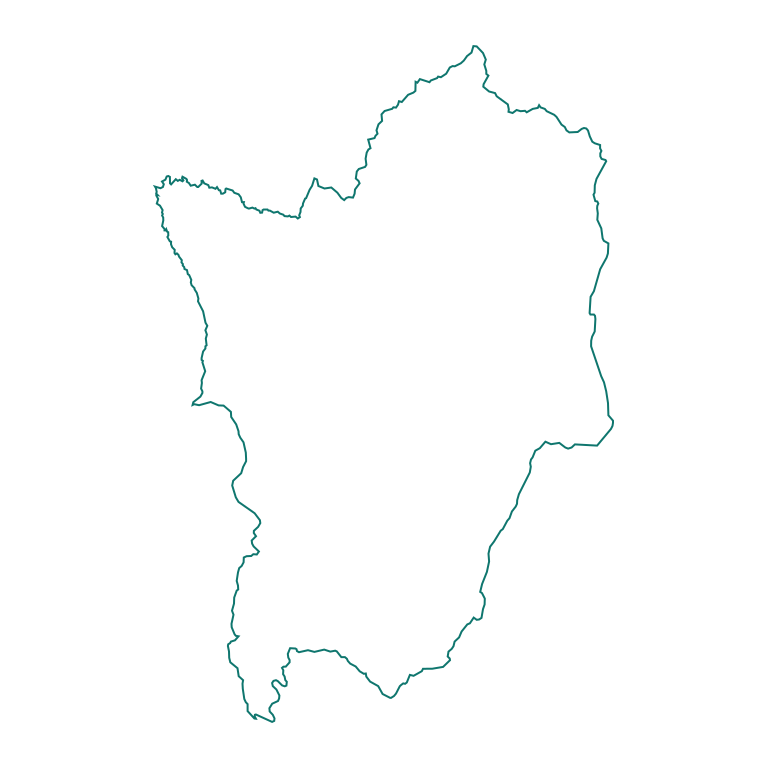 outline of Nqoe, Butha-Buthe, Lesotho
{"feature_id": "5366337B84603329335542", "entity_name": "Nqoe", "entity_type": "district", "adm_level": 2, "iso_a3": "LSO", "parent_name": "Lesotho", "parent_adm1": "Butha-Buthe", "projection": "equal_earth", "projection_center": [28.538, -28.865], "detail": "fine", "context": "isolated", "style": "outline", "palette": "teal", "viewbox_px": 768, "rotation_deg": 0, "n_neighbors": 0, "source": "geoboundaries", "source_scale": "gbopen_adm2", "svg_char_len": 6095}
<svg xmlns="http://www.w3.org/2000/svg" viewBox="0 0 768 768"><path d="M597.1,445.6L611.0,428.9L612.5,425.9L613.0,422.8L613.0,420.7L608.4,415.3L608.0,403.1L606.2,391.3L604.0,382.3L601.2,376.2L591.1,346.3L591.2,340.7L592.1,336.7L594.7,331.5L595.4,319.0L595.0,315.8L593.9,314.5L590.4,314.5L589.6,313.1L590.6,296.8L593.9,291.2L600.2,269.2L606.6,257.6L607.9,253.5L608.4,243.4L603.8,240.8L602.6,238.3L601.3,228.4L597.3,219.8L597.8,213.4L597.1,208.3L597.3,205.8L598.3,203.6L597.3,201.5L595.3,201.1L593.5,194.7L594.6,192.7L594.8,185.3L596.5,178.9L606.2,161.2L605.5,160.0L601.6,158.9L600.3,156.4L600.3,153.3L601.4,150.9L600.1,148.4L600.1,145.0L594.8,143.3L592.3,141.7L589.8,136.4L588.0,130.5L586.3,128.5L584.0,128.0L581.7,128.9L577.7,132.0L569.3,132.4L566.5,130.4L564.8,127.0L561.5,124.6L556.5,116.9L554.2,114.8L546.7,111.2L544.8,108.9L540.6,107.4L539.1,105.2L537.8,107.9L532.7,108.9L526.7,112.3L525.0,110.8L520.6,111.2L516.6,110.0L512.6,113.0L508.5,111.8L508.8,109.3L507.8,104.4L496.7,96.3L495.1,93.1L489.1,91.5L483.3,86.7L483.6,84.2L488.4,75.6L486.3,73.9L486.3,70.9L484.3,64.4L485.8,59.6L483.0,53.0L476.7,46.4L473.4,46.1L471.5,52.6L467.1,56.0L463.8,60.6L460.8,63.3L454.8,66.3L452.5,66.1L449.8,67.5L446.2,73.7L440.9,77.2L438.1,76.6L437.1,78.1L430.8,80.5L429.5,82.2L419.9,79.1L417.4,82.7L415.6,81.8L415.4,90.9L413.4,92.6L408.1,94.8L401.8,102.0L399.0,101.2L398.0,104.7L396.0,107.6L393.4,107.3L392.2,108.8L384.6,111.0L381.5,114.4L382.1,120.9L378.5,124.3L376.5,130.3L377.5,133.7L375.5,135.8L374.5,138.1L368.2,139.6L370.5,148.2L368.4,149.5L366.7,152.6L365.6,158.7L366.4,164.8L365.1,166.9L358.8,169.0L356.8,171.5L355.8,178.5L358.5,180.9L359.6,183.3L355.0,189.5L354.6,193.7L353.0,197.6L348.7,197.1L346.4,197.9L344.2,200.1L341.2,197.9L337.4,192.7L331.3,187.5L324.5,188.5L318.4,186.0L317.0,179.5L314.4,178.4L312.1,185.8L309.6,189.8L306.1,198.2L305.1,198.6L303.0,203.5L302.8,205.7L300.7,208.5L300.5,212.0L299.2,215.3L299.9,217.1L297.8,218.5L295.6,216.6L291.0,217.0L289.4,215.6L287.9,216.4L284.5,216.1L283.3,214.7L279.8,213.5L277.8,211.7L273.7,212.7L269.9,210.6L268.4,210.6L267.5,209.5L263.6,209.5L262.6,210.1L262.1,212.6L260.3,212.8L259.4,210.7L256.3,209.5L255.5,208.2L254.4,208.6L252.4,207.6L248.9,208.6L247.7,208.2L245.0,206.8L243.5,203.6L243.9,202.1L242.0,202.1L240.8,197.3L238.6,194.3L234.3,192.8L232.6,190.5L226.2,188.5L225.5,189.1L225.2,192.3L222.8,193.7L221.2,193.7L220.2,190.4L218.9,190.2L217.0,187.1L215.5,188.8L212.0,187.4L209.3,187.7L208.3,185.1L204.3,183.4L202.6,180.5L201.5,180.9L201.7,183.6L198.2,187.0L197.3,187.0L194.9,184.7L190.7,185.7L188.9,183.0L186.8,181.7L187.0,180.0L186.4,178.9L182.5,176.7L182.0,178.2L183.4,180.4L182.5,181.3L179.7,179.8L177.8,180.9L175.8,179.2L171.1,184.4L170.0,183.3L169.9,176.9L168.3,176.0L166.7,176.5L165.4,179.7L162.0,181.5L163.8,184.2L162.9,187.0L160.5,188.2L155.0,186.6L155.9,188.1L156.7,191.9L156.2,193.5L157.6,195.0L156.3,194.7L156.3,195.5L158.2,199.0L156.8,203.6L160.0,205.7L162.6,210.1L162.0,212.6L162.8,214.0L162.1,215.5L163.2,217.5L163.3,220.4L162.1,226.1L164.6,229.1L164.5,230.4L165.8,230.5L166.3,229.4L167.1,231.6L168.2,232.2L168.3,235.5L167.4,237.0L169.8,241.3L171.1,241.7L171.0,244.2L172.2,247.3L174.7,249.8L174.5,253.0L175.4,254.3L176.9,253.4L178.4,254.8L179.1,256.7L181.8,260.2L181.5,262.4L182.9,264.1L182.7,265.5L184.2,267.1L184.5,269.0L187.0,270.1L187.8,274.1L189.2,275.1L191.3,279.9L190.8,282.4L191.6,285.2L194.5,288.2L194.6,289.4L196.8,292.9L198.4,298.5L198.0,301.3L203.1,311.3L205.5,322.7L207.3,325.8L205.4,330.2L206.9,334.6L205.8,338.6L206.6,345.3L205.4,346.3L205.4,348.5L203.1,351.5L201.6,358.1L201.6,359.9L202.9,360.9L202.4,362.3L205.2,371.2L201.6,380.2L201.9,383.0L201.1,388.6L202.4,391.3L202.4,393.0L200.4,396.6L193.3,402.2L192.6,405.0L194.3,404.2L199.1,405.2L210.7,402.0L218.6,405.4L223.6,405.6L230.9,411.9L231.2,417.0L236.2,424.4L238.5,431.2L238.7,434.2L240.3,437.7L243.5,442.3L245.8,452.6L246.1,458.9L246.1,461.2L243.1,467.0L241.2,473.2L233.2,480.7L232.2,485.5L235.8,497.3L238.5,501.9L254.6,513.2L259.9,520.2L260.3,523.1L258.1,526.9L253.9,530.8L253.8,533.0L256.0,536.2L251.7,540.5L252.1,543.6L253.6,546.4L258.9,551.5L256.8,554.5L253.3,554.2L251.2,556.0L246.6,556.2L243.8,557.5L243.6,562.3L241.7,565.9L239.2,568.1L238.0,572.4L236.7,580.9L238.0,585.6L238.2,589.5L236.7,590.6L234.2,597.6L234.0,603.6L232.0,610.7L233.5,614.7L231.5,623.8L231.7,627.3L234.6,634.3L235.8,635.8L238.5,636.3L235.0,640.3L230.9,641.6L230.1,643.1L228.2,644.3L227.9,646.0L229.0,651.4L229.2,657.8L230.3,662.3L237.5,668.2L238.7,676.2L243.1,680.2L242.5,683.7L242.8,688.8L244.3,699.0L245.8,702.2L247.6,704.1L247.6,711.1L254.4,718.5L255.9,718.7L254.6,716.2L254.9,714.8L255.9,714.5L272.1,721.9L274.2,720.9L274.5,718.4L272.8,714.8L269.7,711.5L269.4,708.2L272.2,703.7L278.0,701.0L279.1,698.5L279.4,695.5L276.4,689.5L272.8,686.1L272.1,683.0L273.5,680.9L276.0,680.2L277.8,681.1L282.1,685.4L284.8,686.3L286.4,685.6L286.8,681.8L285.3,680.1L284.6,676.5L283.1,674.2L283.3,670.2L282.0,667.9L283.4,666.7L285.8,666.6L289.6,662.3L289.6,660.0L288.3,657.6L287.8,653.9L290.1,648.2L295.4,648.5L296.5,649.2L297.0,651.1L299.0,652.2L308.0,650.2L314.4,651.9L324.2,649.6L330.3,651.6L335.2,650.7L336.8,651.4L341.3,657.1L344.9,657.1L346.9,658.8L347.8,660.9L350.2,663.6L355.7,666.5L359.7,671.3L363.8,673.8L365.8,673.5L366.3,676.6L370.1,681.6L378.2,686.1L382.6,694.0L390.0,697.8L391.0,697.9L394.0,696.0L396.0,693.6L399.8,686.2L401.1,685.0L403.2,683.4L405.1,683.8L406.8,682.5L409.9,674.9L413.6,675.8L421.8,671.2L423.0,668.8L432.4,668.7L443.1,666.9L450.0,660.2L449.7,658.5L447.7,656.5L448.5,651.6L451.7,648.9L453.5,646.2L454.6,641.6L459.1,637.4L461.6,631.5L467.3,624.4L469.9,623.3L473.7,617.6L476.7,619.8L479.1,619.5L481.5,617.9L483.0,609.1L484.6,604.5L484.8,598.6L482.0,593.1L480.2,591.9L482.1,584.0L486.9,571.9L489.1,561.5L488.5,553.6L490.1,546.7L494.0,541.6L500.7,530.7L502.8,529.1L507.3,520.7L509.5,518.2L511.9,511.5L515.7,506.6L517.0,503.8L517.2,500.1L518.9,494.2L529.8,472.5L530.8,466.7L530.1,463.2L531.0,459.5L532.6,457.4L535.3,450.7L539.8,448.2L545.4,441.7L551.0,444.2L559.3,442.9L565.3,447.5L568.1,448.6L571.6,447.5L574.9,444.4L597.1,445.6Z" fill="none" stroke="#0f766e" stroke-width="2"/></svg>